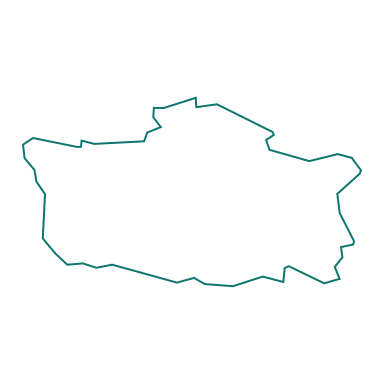 the District of Banbridge
{"feature_id": "GBR-2087", "entity_name": "Banbridge", "entity_type": "District", "adm_level": 1, "iso_a3": "GBR", "parent_name": "United Kingdom", "parent_adm1": "", "projection": "robinson", "projection_center": [-6.161, 54.343], "detail": "fine", "context": "isolated", "style": "outline", "palette": "teal", "viewbox_px": 384, "rotation_deg": 0, "n_neighbors": 0, "source": "natural_earth", "source_scale": "10m", "svg_char_len": 734}
<svg xmlns="http://www.w3.org/2000/svg" viewBox="0 0 384 384"><path d="M67.3,264.7L55.6,253.8L42.8,238.5L45.0,194.2L36.4,181.5L34.4,169.9L24.6,158.2L23.0,144.7L32.9,138.0L77.4,147.0L81.0,146.8L81.6,140.6L94.3,143.9L144.1,141.3L147.3,132.5L160.8,127.1L153.3,117.2L153.9,107.9L163.8,108.0L195.7,97.8L196.3,107.2L216.9,104.3L272.6,132.0L273.8,134.9L266.1,140.0L269.6,149.9L309.3,161.1L337.8,154.1L351.8,157.9L361.0,170.4L359.7,173.7L337.3,193.9L339.7,213.1L354.0,241.1L353.2,244.5L341.0,247.1L342.4,257.2L334.8,267.0L339.6,278.9L324.1,283.3L288.7,266.2L284.7,268.1L283.3,282.0L262.8,276.6L232.9,286.2L204.9,284.1L194.1,277.9L177.0,282.6L112.1,264.7L96.4,267.8L82.9,263.4L67.3,264.7Z" fill="none" stroke="#0f766e" stroke-width="2"/></svg>